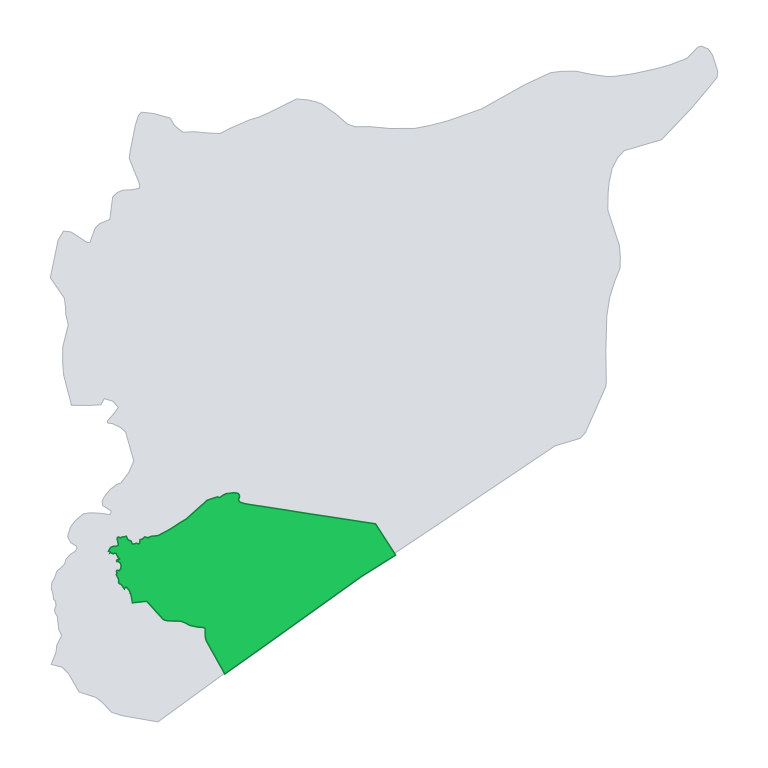 Duma, Rif Dimashq, Syria (highlighted)
{"feature_id": "27442178B16442606574703", "entity_name": "Duma", "entity_type": "district", "adm_level": 2, "iso_a3": "SYR", "parent_name": "Syria", "parent_adm1": "Rif Dimashq", "projection": "equal_earth", "projection_center": [36.727, 33.326], "detail": "fine", "context": "in_parent", "style": "filled", "palette": "green", "viewbox_px": 768, "rotation_deg": 0, "n_neighbors": 0, "source": "geoboundaries", "source_scale": "gbopen_adm2", "svg_char_len": 5676}
<svg xmlns="http://www.w3.org/2000/svg" viewBox="0 0 768 768"><path d="M63.5,231.1L71.1,232.0L87.3,242.6L90.0,242.3L95.0,228.3L99.7,223.6L109.8,219.4L112.7,196.9L117.4,192.5L123.0,190.2L131.7,189.8L139.2,188.4L139.7,184.5L129.2,158.4L130.1,151.9L135.2,125.7L138.4,115.5L141.5,112.2L153.4,113.5L170.2,118.1L174.6,125.6L182.8,132.2L195.1,131.8L209.2,133.1L220.3,133.5L229.1,128.8L249.0,120.1L258.9,117.1L267.9,113.2L296.6,98.9L308.2,100.0L316.1,101.9L322.2,104.2L335.8,114.0L347.2,123.9L355.1,126.8L369.2,126.6L389.7,128.5L414.9,128.4L429.5,125.6L448.2,120.7L481.4,109.0L525.0,84.6L550.6,72.7L561.7,71.3L576.2,71.2L590.7,74.3L607.2,76.5L614.7,76.3L632.5,73.9L655.4,68.9L669.8,64.9L687.2,58.2L697.8,47.2L701.3,46.1L705.9,48.1L708.0,48.8L712.6,55.1L717.7,71.3L717.7,73.1L716.9,77.7L705.9,91.0L690.8,109.0L679.9,120.4L661.5,139.7L647.6,143.8L624.1,150.7L617.8,157.5L612.1,168.4L609.0,183.3L608.1,192.6L607.8,210.0L613.7,228.1L619.4,245.5L620.3,257.0L620.0,268.4L615.0,280.5L609.7,297.1L606.8,316.0L605.8,351.3L606.3,381.4L605.9,386.3L596.5,407.6L585.4,432.6L580.2,438.3L555.1,445.8L527.9,464.1L497.4,484.5L469.6,503.1L440.5,522.7L410.2,542.9L388.5,557.5L359.5,576.9L333.0,595.5L306.2,614.3L285.7,628.6L254.6,651.3L236.4,664.6L209.6,684.2L185.9,701.5L157.9,721.9L122.7,715.8L111.6,712.3L102.5,702.6L95.8,697.4L79.2,692.1L68.6,673.8L62.3,667.3L51.2,664.4L55.9,652.7L56.9,645.0L61.7,635.6L58.7,629.4L57.3,616.3L55.2,613.1L54.4,609.7L56.1,605.5L55.5,601.2L53.6,599.3L52.7,592.8L51.2,588.0L52.0,582.1L54.4,578.3L57.0,570.9L59.9,568.7L64.6,564.1L65.9,559.3L70.1,554.6L75.8,550.8L77.0,547.7L76.2,546.0L70.6,542.5L67.6,536.4L70.3,527.6L72.1,524.8L75.5,520.5L83.1,514.0L89.0,512.9L94.1,512.9L102.7,513.5L109.4,514.6L111.1,513.0L110.9,510.8L102.6,505.5L102.2,501.2L104.3,496.7L110.1,489.5L117.1,484.2L120.7,483.3L128.7,472.7L133.8,460.9L125.6,432.1L120.6,427.5L112.4,423.6L107.7,423.0L107.3,421.1L113.7,413.8L118.3,407.5L113.2,401.4L104.3,398.6L100.9,404.8L89.4,405.4L71.5,405.3L63.7,375.1L62.6,362.0L62.8,346.8L68.3,324.7L65.8,314.4L65.6,307.5L64.3,298.0L50.3,277.7L58.1,240.2L63.5,231.1Z" fill="#d9dde1" stroke="#a8b0b8" stroke-width="1"/><path d="M109.9,553.0L110.6,552.6L112.0,553.3L113.1,553.9L113.6,553.6L114.4,553.2L115.8,553.3L116.2,553.6L117.1,555.8L117.9,556.2L117.9,556.6L117.8,557.2L118.1,557.6L118.9,558.2L119.6,558.6L119.6,559.2L118.8,559.7L118.0,559.5L117.0,559.8L116.5,560.6L116.8,561.6L118.1,561.3L118.5,561.9L119.5,562.3L120.2,562.9L120.5,563.7L120.7,564.3L121.1,565.9L121.2,566.2L120.9,566.9L120.8,568.0L120.9,568.9L120.0,569.4L119.4,570.6L117.5,570.2L116.9,570.3L116.5,571.1L116.4,571.6L116.6,572.2L117.1,573.0L116.7,573.8L116.2,574.6L116.5,575.2L117.0,576.0L117.6,577.4L118.2,578.4L118.5,579.2L118.7,580.6L118.6,581.9L118.6,582.9L119.0,583.3L119.6,583.8L120.9,584.3L121.5,584.9L122.4,586.1L123.4,587.6L124.4,589.0L124.6,588.5L125.5,587.3L126.5,587.2L127.3,588.2L127.9,589.0L128.7,589.4L129.3,590.9L130.2,592.3L130.1,592.5L130.1,592.8L130.1,593.0L130.0,593.3L130.8,594.1L131.6,598.1L132.2,601.7L132.4,602.9L134.4,602.6L137.6,602.3L142.1,601.8L143.3,601.6L145.4,601.5L146.4,601.3L146.9,601.5L147.7,602.4L148.3,603.0L149.7,604.6L150.8,605.7L151.8,606.9L153.1,608.3L154.5,609.8L155.1,610.5L156.5,612.1L160.1,616.0L160.7,616.6L161.8,618.0L162.7,618.9L163.3,619.4L164.0,619.8L164.7,620.2L166.1,620.5L166.9,620.7L167.7,620.8L169.4,620.9L171.8,621.0L173.0,621.0L174.3,621.1L175.9,621.1L177.8,621.1L178.7,621.2L180.4,621.2L181.7,621.5L182.6,621.9L184.6,622.7L186.4,623.4L187.3,624.1L188.6,624.8L189.9,625.4L191.9,625.9L195.4,626.6L196.7,626.8L197.4,627.1L198.2,627.1L198.4,627.1L199.2,627.2L199.4,627.2L199.7,627.3L201.3,627.3L201.7,627.4L202.0,627.4L203.1,627.5L204.4,628.0L205.2,628.6L205.2,630.0L205.1,631.2L205.1,631.8L205.1,632.5L205.1,632.8L205.2,635.1L205.2,635.7L205.4,637.0L205.5,638.0L205.7,639.1L206.3,640.8L207.4,642.8L208.3,644.5L209.6,646.8L211.3,649.9L213.0,652.9L213.8,654.3L215.3,656.9L217.0,660.1L218.4,662.6L218.9,663.5L219.6,664.6L220.1,665.6L221.9,668.7L222.8,670.5L223.5,671.7L223.9,672.4L223.9,672.5L224.7,674.1L260.0,649.1L361.5,576.5L395.6,555.1L394.4,553.1L375.5,523.8L361.6,521.7L351.0,520.1L339.4,518.3L327.1,516.4L316.8,514.9L307.1,513.4L300.6,512.4L292.0,511.0L286.0,510.0L277.9,508.8L264.5,506.7L259.1,505.9L255.6,505.4L248.9,504.4L243.9,503.4L240.3,502.2L239.3,501.5L238.8,500.3L238.6,499.6L238.6,499.0L239.1,498.3L239.6,496.7L239.3,495.1L239.2,494.7L238.8,494.2L238.3,493.6L237.3,493.1L236.9,493.1L236.3,493.0L236.1,492.9L235.7,492.9L234.9,492.9L234.5,492.8L233.2,492.7L230.9,493.1L228.7,493.4L226.2,493.6L223.0,495.2L219.9,497.5L217.2,496.9L214.1,497.9L211.1,498.9L209.4,499.4L208.9,499.7L207.8,500.0L206.9,500.4L204.0,503.3L201.4,505.4L193.5,512.5L186.3,519.0L181.3,521.9L178.2,523.9L173.8,526.8L167.8,530.5L161.3,533.8L159.7,534.9L158.6,535.4L157.2,535.6L156.1,535.8L155.3,535.9L153.8,536.0L153.0,536.1L151.2,536.3L149.2,537.1L148.0,538.1L147.2,537.5L146.4,537.2L144.7,536.9L142.3,539.1L140.2,539.5L139.9,539.9L139.9,540.5L139.7,541.7L139.6,543.0L139.1,543.6L138.8,543.9L138.2,543.8L137.2,543.4L136.2,543.2L135.1,543.6L134.1,543.9L133.0,544.1L132.3,543.7L131.5,542.0L131.1,541.1L130.5,540.7L129.3,540.4L127.9,539.6L126.7,537.1L126.3,536.2L123.6,536.9L122.2,536.8L120.3,538.0L119.2,537.2L118.2,537.0L117.4,537.5L117.2,538.4L117.2,539.2L117.5,541.0L118.1,543.3L118.3,544.5L118.2,545.0L118.0,545.4L117.2,545.8L116.6,546.0L116.1,546.2L115.8,546.3L115.1,546.3L114.2,546.2L113.6,546.2L113.3,546.3L110.5,547.5L109.5,549.3L108.5,551.3L108.8,551.3L109.0,551.4L109.3,551.4L109.6,551.4L109.7,551.5L109.8,551.5L110.0,551.6L110.1,551.8L110.0,552.1L110.0,552.4L110.0,552.7L109.9,553.0L109.9,553.0Z" fill="#22c55e" stroke="#15803d" stroke-width="1.5"/></svg>